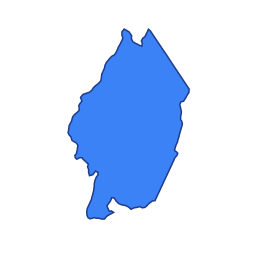 Floresta Azul, Bahia, Brazil (Robinson projection), rotated 24°
{"feature_id": "56859067B86811089871077", "entity_name": "Floresta Azul", "entity_type": "district", "adm_level": 2, "iso_a3": "BRA", "parent_name": "Brazil", "parent_adm1": "Bahia", "projection": "robinson", "projection_center": [-39.728, -14.846], "detail": "fine", "context": "isolated", "style": "filled", "palette": "blue", "viewbox_px": 256, "rotation_deg": 24, "n_neighbors": 0, "source": "geoboundaries", "source_scale": "gbopen_adm2", "svg_char_len": 2046}
<svg xmlns="http://www.w3.org/2000/svg" viewBox="0 0 256 256"><g transform="rotate(24 128 128)"><path d="M106.5,29.5L106.5,32.1L106.4,34.9L106.3,37.6L105.0,39.9L104.8,43.1L106.7,44.9L107.3,47.6L105.0,47.8L102.8,47.6L100.3,47.6L97.3,47.2L94.8,45.0L93.7,42.1L89.9,39.8L87.0,39.4L84.2,39.2L83.4,42.7L84.7,45.7L86.7,47.8L86.8,50.2L86.7,54.5L86.3,57.9L86.4,60.6L86.4,63.2L85.9,66.6L84.0,69.1L82.9,72.2L82.4,74.3L81.6,76.6L81.5,80.1L82.1,82.6L82.2,86.4L82.1,89.4L83.2,92.8L84.0,96.0L82.7,99.7L81.0,102.8L80.0,105.4L79.6,108.1L78.2,111.1L76.0,113.0L73.2,115.7L72.2,119.3L74.9,122.2L74.2,125.0L73.9,127.4L75.1,129.4L76.2,131.6L75.3,134.1L73.9,137.0L72.9,140.2L73.6,144.9L73.2,149.6L74.4,153.5L75.2,156.7L77.2,158.4L79.4,159.3L81.9,162.1L84.0,162.4L86.7,162.7L89.1,164.0L90.0,166.8L90.8,170.0L91.3,172.4L90.6,174.7L92.0,176.7L94.0,177.3L96.0,174.7L98.2,173.9L99.9,175.0L101.9,175.5L104.4,176.5L106.4,177.1L106.9,180.0L108.9,181.9L110.0,184.5L112.2,187.2L114.9,185.0L115.9,180.6L118.8,180.8L119.6,183.5L119.0,185.9L119.2,189.8L119.8,192.4L120.9,195.2L122.1,199.1L122.7,202.5L123.1,205.3L123.6,207.8L123.6,212.1L123.5,215.5L123.6,218.5L124.3,221.2L126.2,224.6L127.9,226.1L130.0,226.5L131.9,225.2L133.3,223.7L135.7,223.3L137.9,222.3L140.9,221.9L143.6,220.7L144.4,217.5L146.5,214.4L149.2,211.0L146.5,210.5L144.9,211.7L142.6,209.8L140.4,207.7L141.1,204.5L141.7,201.5L141.4,198.3L144.0,197.6L146.7,199.5L150.1,200.8L153.2,200.8L157.4,199.8L161.0,200.0L163.7,201.1L166.2,198.3L168.5,196.9L170.5,195.1L173.5,195.1L175.7,193.7L176.7,191.8L177.5,189.4L178.6,187.1L180.0,184.7L182.2,183.4L183.0,138.5L182.9,136.3L183.8,133.5L183.7,130.8L181.7,130.0L179.7,129.7L179.2,127.3L178.8,124.0L178.9,120.8L178.4,118.3L178.2,115.8L177.7,113.4L177.3,110.9L176.9,107.8L176.5,104.6L176.0,102.1L174.4,100.0L172.6,98.9L171.3,95.7L170.9,93.5L170.1,91.3L167.1,87.2L165.7,85.6L165.8,82.6L167.9,80.8L168.5,76.8L168.7,73.7L169.2,70.6L167.9,67.5L158.1,61.3L145.0,53.0L136.9,47.8L134.3,46.1L128.6,42.6L108.9,30.2L106.5,29.5Z" fill="#3b82f6" stroke="#1e3a8a" stroke-width="1.5"/></g></svg>